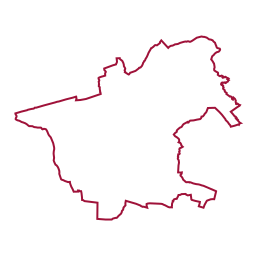 outline of Murgesti, Buzau, Romania
{"feature_id": "2599482B22144330012024", "entity_name": "Murgesti", "entity_type": "district", "adm_level": 2, "iso_a3": "ROU", "parent_name": "Romania", "parent_adm1": "Buzau", "projection": "albers", "projection_center": [26.887, 45.4], "detail": "fine", "context": "isolated", "style": "outline", "palette": "rose", "viewbox_px": 256, "rotation_deg": 0, "n_neighbors": 0, "source": "geoboundaries", "source_scale": "gbopen_adm2", "svg_char_len": 5745}
<svg xmlns="http://www.w3.org/2000/svg" viewBox="0 0 256 256"><path d="M125.5,205.3L125.4,204.4L125.4,203.1L125.8,200.8L136.1,203.8L140.6,205.6L140.9,206.0L141.4,206.3L141.9,206.4L142.5,206.8L143.7,206.7L147.2,207.7L146.6,205.7L146.6,204.0L147.9,203.5L149.8,203.3L161.1,203.8L162.6,204.1L163.3,204.6L165.1,205.3L168.3,207.0L169.3,207.3L171.9,207.3L171.8,206.3L172.0,205.5L172.0,203.9L172.7,201.7L172.7,200.9L173.3,200.4L173.5,200.6L173.7,199.9L174.1,199.3L175.5,198.9L176.7,198.9L177.1,198.1L177.4,197.4L177.6,197.2L178.4,195.4L178.5,195.0L180.2,194.9L181.6,194.1L184.4,194.0L185.2,193.9L185.7,194.0L186.1,194.6L187.8,195.4L190.8,194.8L191.4,199.5L191.6,199.7L191.8,199.9L195.3,200.9L199.9,201.9L199.7,203.3L198.8,206.3L203.5,207.7L204.6,204.8L206.7,201.0L207.1,200.6L210.7,199.3L212.6,199.1L214.2,199.2L216.1,191.4L216.1,191.2L203.5,185.8L201.8,185.4L199.8,184.7L198.6,184.4L196.1,184.1L193.2,183.4L190.5,182.3L189.7,182.5L189.3,182.4L189.1,182.1L186.2,182.2L185.2,181.5L184.8,181.0L183.2,179.7L182.4,177.8L181.5,176.6L180.5,175.6L180.6,174.7L181.4,174.1L181.5,173.5L181.8,173.1L181.8,172.4L181.0,172.6L178.1,172.4L178.5,165.4L179.0,162.6L178.7,160.2L177.8,158.8L177.9,157.8L178.2,157.5L178.2,156.7L177.9,156.4L178.1,155.2L178.2,154.4L179.0,154.4L179.7,153.7L179.1,151.8L179.7,151.0L179.3,149.2L179.7,148.3L181.6,147.5L182.7,146.8L182.0,146.2L181.2,145.0L181.2,144.4L180.3,142.9L180.2,142.8L179.2,142.6L178.6,142.3L179.1,141.7L179.2,140.9L179.1,139.5L178.6,138.7L176.4,136.9L175.6,136.6L174.9,136.0L173.8,134.5L175.2,132.9L176.6,132.0L176.8,131.7L176.8,130.5L177.6,129.6L179.8,127.7L181.0,127.2L181.7,126.8L182.8,125.0L183.6,124.1L187.4,122.0L187.6,122.4L187.8,122.6L188.5,122.5L189.2,121.4L190.2,120.6L193.6,120.4L197.1,119.6L200.1,119.1L201.0,118.3L201.3,117.5L201.5,116.6L202.5,116.5L203.1,116.2L204.2,114.8L204.8,113.6L205.4,113.2L206.4,111.9L207.9,108.0L215.0,107.8L219.3,111.9L221.9,114.7L225.4,119.2L225.7,120.1L225.9,120.3L227.7,122.0L229.2,124.2L230.2,125.2L230.8,126.7L234.7,125.7L238.6,124.4L239.0,124.8L239.2,124.5L239.3,123.9L239.8,123.3L240.6,123.1L239.6,122.5L237.6,120.2L237.9,119.8L237.6,119.5L236.7,119.4L235.9,118.4L236.6,117.9L235.7,116.7L235.1,116.4L234.8,116.5L232.9,114.1L230.8,111.7L237.3,107.1L239.6,105.7L240.0,105.1L239.1,104.8L237.5,103.6L236.7,104.1L236.4,104.1L236.0,103.9L236.0,103.4L236.2,103.2L235.6,102.0L235.8,100.7L235.3,99.6L234.9,98.8L233.5,97.6L232.9,99.6L232.1,99.1L231.6,97.0L230.7,96.4L230.0,96.3L229.8,96.5L226.4,94.0L226.7,93.0L224.9,91.7L224.7,91.0L224.8,90.5L224.5,89.9L223.4,89.2L223.1,88.4L223.6,87.4L223.0,86.7L223.2,85.8L222.3,84.7L221.7,85.0L221.3,84.7L221.1,84.4L221.2,83.7L221.5,83.5L221.5,83.0L221.8,82.7L222.5,82.5L222.9,82.5L223.5,82.8L224.5,82.4L225.2,82.4L225.3,83.0L225.6,83.1L227.2,81.8L227.9,81.5L228.1,80.8L228.8,80.2L227.5,79.3L228.5,78.5L227.9,78.1L226.9,77.8L225.5,76.8L225.0,76.9L224.7,77.3L223.9,77.1L222.9,77.8L222.7,77.7L222.4,77.4L222.9,76.3L221.9,75.7L221.6,75.6L220.0,76.2L219.1,75.8L217.8,74.8L218.1,73.1L217.9,72.6L215.7,71.4L214.3,70.4L214.1,69.0L214.6,67.5L214.5,66.4L214.0,63.4L213.4,62.8L213.1,62.0L212.1,60.5L211.2,59.4L212.2,56.3L213.9,54.8L214.7,53.7L216.5,52.3L218.6,51.7L219.2,51.2L219.9,50.2L220.1,49.7L220.0,49.2L219.8,48.7L217.3,48.0L217.0,47.7L216.4,46.7L216.3,46.0L215.6,44.5L215.0,42.7L213.6,41.6L212.5,40.2L211.6,40.0L211.0,39.6L209.2,39.4L206.7,37.6L204.4,36.9L203.4,36.9L201.5,36.5L196.8,37.7L192.3,40.7L190.5,41.7L189.7,41.8L188.5,41.3L187.5,41.3L186.6,41.7L185.6,41.5L183.9,41.8L180.1,42.9L177.8,44.0L174.9,44.4L173.9,45.0L172.6,45.6L171.0,45.8L169.3,46.7L168.2,47.9L161.3,40.4L160.0,42.1L159.9,43.1L157.0,45.3L155.2,45.1L154.5,45.6L153.3,46.9L152.7,47.2L151.8,48.0L151.0,48.3L150.8,48.9L148.6,52.7L147.6,55.2L146.6,57.3L145.5,59.0L145.3,59.7L144.8,60.7L144.2,61.0L143.6,62.3L143.1,62.9L142.9,63.8L142.0,65.8L140.5,67.5L139.3,67.7L139.0,67.9L138.9,68.3L135.5,70.9L131.3,72.4L130.2,72.7L129.1,74.3L128.7,74.5L128.4,74.4L124.9,72.2L125.1,71.8L125.2,71.4L124.7,70.7L124.6,70.2L125.2,69.0L125.2,68.4L123.9,66.1L123.8,64.6L123.1,62.4L122.7,61.8L122.3,60.9L120.1,59.2L119.7,58.6L119.7,58.2L116.6,58.3L117.0,61.6L116.8,62.6L116.2,63.7L116.0,64.4L112.9,65.3L104.2,68.5L104.3,69.9L105.8,71.7L105.8,72.0L105.4,72.6L105.1,73.6L105.2,75.6L102.6,76.4L101.7,76.6L99.2,77.5L98.5,78.1L98.7,79.1L99.3,80.2L99.1,81.1L98.7,81.6L99.0,83.5L98.9,84.4L99.1,84.7L98.8,85.7L98.8,86.3L99.7,87.1L99.8,88.0L99.7,88.8L100.2,91.5L100.0,92.0L100.5,92.7L100.7,94.0L85.9,99.0L80.3,100.0L76.0,100.3L76.5,98.4L76.2,97.8L76.3,97.0L76.1,96.6L73.0,97.6L65.9,99.4L58.8,101.5L57.0,101.8L55.2,102.4L44.0,105.4L36.1,107.7L34.8,107.7L34.1,108.4L32.9,108.8L32.2,108.8L29.4,109.4L27.8,109.8L27.1,110.2L21.4,111.6L15.4,113.4L15.5,114.1L16.4,115.6L16.6,116.2L16.4,117.1L15.9,117.9L15.7,118.7L15.7,119.2L16.3,119.7L17.5,120.3L19.5,120.8L21.6,122.0L23.3,122.5L25.3,123.3L26.9,124.3L28.1,125.4L29.1,126.1L32.4,126.2L34.2,127.1L36.1,127.3L37.6,127.6L40.8,127.6L41.3,127.9L42.0,129.0L42.5,129.3L42.8,129.3L43.6,128.9L44.5,128.9L45.8,129.2L46.4,129.9L47.2,131.3L48.5,134.5L49.2,135.6L50.5,137.0L51.0,137.9L53.2,143.2L54.1,147.3L54.2,148.5L54.2,149.2L53.8,151.1L53.6,153.3L53.7,154.6L54.1,157.8L53.7,160.5L54.4,162.4L55.5,164.7L56.5,165.3L57.0,165.9L57.8,167.0L58.5,168.5L59.3,170.9L59.4,173.0L59.3,173.4L59.3,173.9L61.1,179.2L61.5,179.6L63.4,180.2L64.9,181.0L68.1,182.1L69.9,181.9L70.0,183.0L70.5,184.6L71.3,186.7L72.8,189.5L73.7,191.7L78.2,191.6L78.1,190.5L79.1,190.6L79.2,191.1L81.1,191.2L81.5,193.0L82.0,197.4L82.1,200.0L83.1,200.1L84.5,201.1L97.5,202.7L97.3,218.9L105.2,219.5L111.8,219.5L112.7,218.7L113.2,218.5L115.5,217.9L116.7,217.9L117.6,217.0L118.5,215.9L121.0,213.7L121.7,212.3L121.9,211.0L123.1,209.7L123.5,207.7L123.8,207.2L125.5,205.3Z" fill="none" stroke="#9f1239" stroke-width="2"/></svg>